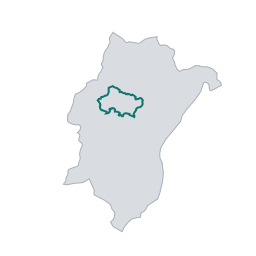 where Plovdiv sits in Bulgaria, rotated 118°
{"feature_id": "BGR-2235", "entity_name": "Plovdiv", "entity_type": "Province", "adm_level": 1, "iso_a3": "BGR", "parent_name": "Bulgaria", "parent_adm1": "", "projection": "orthographic", "projection_center": [24.881, 42.293], "detail": "fine", "context": "in_parent", "style": "outline", "palette": "teal", "viewbox_px": 256, "rotation_deg": 118, "n_neighbors": 0, "source": "natural_earth", "source_scale": "10m", "svg_char_len": 3768}
<svg xmlns="http://www.w3.org/2000/svg" viewBox="0 0 256 256"><g transform="rotate(118 128 128)"><path d="M208.0,158.6L203.8,158.1L202.4,158.3L201.5,159.4L199.5,159.3L197.1,159.3L194.7,160.6L193.3,161.1L191.4,160.1L187.9,157.0L185.7,154.8L184.1,154.3L182.6,155.0L177.0,155.9L175.7,157.2L173.2,158.7L170.6,159.5L166.9,160.1L164.9,160.0L163.8,160.8L162.9,162.9L162.3,165.0L161.8,165.9L157.2,167.0L156.2,168.2L155.9,169.4L156.0,170.5L152.3,169.4L149.4,170.2L148.7,171.1L148.1,172.4L148.5,173.8L149.6,175.1L150.6,178.7L151.0,182.3L150.5,184.3L148.3,185.8L143.9,187.5L139.6,186.8L137.7,187.4L134.5,187.6L131.6,188.1L127.0,189.6L123.0,190.5L119.3,187.5L114.9,185.5L110.4,184.3L108.8,185.1L108.1,185.8L104.3,183.2L102.6,182.2L101.7,181.2L100.2,177.7L99.2,177.6L96.1,178.9L93.1,178.8L91.2,178.5L85.8,178.6L85.1,181.0L84.4,181.4L83.2,181.7L80.3,181.5L76.6,183.3L72.7,184.3L69.6,184.3L66.4,183.7L64.5,184.0L60.4,184.2L57.7,186.7L53.7,186.5L50.3,186.0L50.7,185.1L51.6,174.8L53.4,170.2L53.3,169.3L53.0,168.6L51.5,167.8L50.5,165.3L48.4,158.6L47.2,157.3L43.7,155.8L40.7,153.8L38.2,151.3L33.7,145.0L36.1,144.4L36.8,143.2L39.3,139.9L39.6,138.2L39.4,137.2L37.8,135.6L36.9,132.0L37.8,128.7L37.9,127.0L37.1,125.2L38.0,123.2L39.8,122.1L40.9,121.7L45.4,121.6L48.3,117.5L50.1,116.2L51.9,113.8L52.7,113.0L53.5,111.1L53.9,109.2L50.4,106.5L49.2,104.4L47.7,102.2L45.6,100.6L41.4,97.9L39.8,95.1L39.2,91.7L38.1,89.0L36.9,87.3L36.7,85.9L36.3,84.2L36.2,80.8L37.4,76.4L38.1,74.8L39.5,74.4L43.4,72.2L43.7,69.1L44.4,67.3L45.7,66.2L46.8,65.5L48.8,67.3L53.8,70.3L56.2,72.4L56.1,73.6L54.9,74.9L52.7,76.1L51.3,77.6L50.9,79.7L51.2,81.1L52.7,82.4L61.9,80.9L71.2,82.0L83.6,84.9L91.8,85.9L97.9,84.7L109.2,87.0L119.8,89.2L129.9,89.8L135.6,88.0L139.5,85.7L142.9,81.4L151.2,75.6L159.3,72.3L170.0,69.5L177.0,68.4L178.1,69.3L187.3,74.2L191.3,74.1L194.6,74.9L195.9,76.3L196.7,76.6L201.0,75.1L203.0,77.9L206.2,81.8L211.4,83.7L216.1,84.6L217.5,84.8L222.3,84.5L222.1,94.5L219.4,99.2L214.9,97.9L209.4,99.4L206.6,104.8L205.0,106.4L203.6,108.3L202.8,115.2L203.0,126.4L200.9,127.9L198.9,128.4L191.1,138.5L195.9,141.1L198.1,143.2L201.7,149.0L206.9,155.4L208.0,158.6Z" fill="#d9dde1" stroke="#a8b0b8" stroke-width="1"/><path d="M115.4,128.1L115.3,129.6L115.8,132.5L115.5,133.3L114.9,133.5L115.6,135.2L115.6,135.8L115.9,136.7L116.4,137.4L117.6,138.3L118.9,138.3L119.9,138.0L120.4,138.8L119.9,140.3L120.6,141.1L121.0,141.3L121.1,141.8L120.9,142.4L120.4,142.4L119.3,141.9L118.4,142.5L118.6,144.0L118.6,145.0L119.0,145.9L119.7,147.3L118.8,147.8L117.7,148.2L117.3,149.6L117.8,151.3L118.4,151.8L118.6,151.6L119.0,152.0L119.5,152.2L119.8,152.5L119.7,153.1L120.2,153.2L120.7,152.1L121.3,152.1L122.3,151.8L123.3,152.0L124.5,152.8L125.2,153.9L124.6,153.7L124.1,153.6L123.8,153.6L123.8,155.5L124.1,156.9L124.3,158.4L124.2,158.9L124.3,159.2L124.7,159.6L124.6,160.3L123.5,162.0L122.0,163.1L121.2,162.9L120.4,163.4L120.2,163.9L119.7,164.0L119.2,164.7L118.9,165.6L118.3,166.1L118.1,167.1L117.9,167.7L117.2,167.6L116.7,167.4L116.1,167.4L114.9,165.8L114.1,166.1L113.1,166.1L112.5,165.0L111.7,164.3L110.3,163.5L109.2,162.0L107.7,161.6L106.2,161.8L104.6,162.2L103.1,163.2L101.6,163.9L98.2,161.2L98.5,159.3L98.1,157.3L97.9,156.2L98.3,155.2L98.2,153.5L98.9,152.9L99.7,152.7L100.2,152.1L99.7,151.5L99.2,151.1L99.2,150.3L99.4,149.1L99.2,148.0L98.7,147.3L98.6,146.6L99.1,145.6L98.4,144.3L97.8,144.1L97.8,143.3L97.5,142.4L97.5,141.5L97.6,141.0L97.2,140.0L96.5,139.8L96.6,137.8L97.0,135.8L98.0,135.7L98.8,135.2L99.0,134.3L98.2,133.7L97.3,132.3L95.9,131.6L95.6,129.7L96.7,127.8L97.9,127.9L99.8,126.3L101.0,126.2L102.4,126.4L103.8,127.0L104.8,128.3L106.0,129.4L107.5,129.7L108.0,129.6L108.2,129.3L109.8,129.3L111.4,129.7L112.8,129.5L114.0,128.8L114.1,128.3L114.4,127.9L115.4,127.7L115.4,128.1Z" fill="none" stroke="#0f766e" stroke-width="2"/></g></svg>